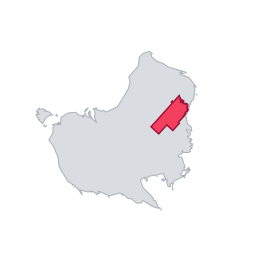 East Pilbara, Western Australia, Australia (highlighted), rotated 132°
{"feature_id": "25037944B14743311013482", "entity_name": "East Pilbara", "entity_type": "district", "adm_level": 2, "iso_a3": "AUS", "parent_name": "Australia", "parent_adm1": "Western Australia", "projection": "natural_earth1", "projection_center": [120.361, -21.612], "detail": "fine", "context": "in_parent", "style": "filled", "palette": "rose", "viewbox_px": 256, "rotation_deg": 132, "n_neighbors": 0, "source": "geoboundaries", "source_scale": "gbopen_adm2", "svg_char_len": 4995}
<svg xmlns="http://www.w3.org/2000/svg" viewBox="0 0 256 256"><g transform="rotate(132 128 128)"><path d="M169.9,57.2L172.0,68.5L174.9,68.0L178.1,71.4L178.4,78.3L180.3,80.7L180.5,87.1L181.8,90.5L191.1,96.7L194.3,106.9L195.4,107.5L195.7,105.7L197.6,107.5L198.0,106.6L198.6,111.8L199.8,113.3L202.3,114.9L207.1,123.7L206.4,129.6L207.9,136.6L204.1,149.8L201.9,154.5L196.8,160.0L191.7,170.7L189.9,178.7L181.9,180.6L177.7,184.1L175.3,184.4L175.8,186.4L172.2,183.5L172.8,182.8L172.7,182.1L172.0,182.1L170.6,183.3L169.7,182.6L171.4,181.4L170.6,180.5L165.1,184.8L157.2,182.7L151.3,177.4L151.4,173.2L148.7,169.5L149.9,169.6L149.9,168.5L145.7,169.6L147.1,166.8L145.7,162.8L143.9,167.4L140.8,167.9L141.3,166.3L142.8,166.3L145.2,160.0L144.9,155.2L142.5,160.2L139.3,162.1L137.1,165.1L137.3,166.6L136.1,166.4L134.1,164.7L135.4,164.7L134.6,161.8L132.8,158.4L131.2,158.0L131.1,155.1L119.3,150.0L98.9,153.9L92.3,157.3L89.4,161.6L75.3,161.8L67.7,167.0L62.5,166.7L56.6,163.2L56.5,159.7L57.9,160.2L59.2,158.1L59.1,151.0L56.7,145.6L55.7,138.8L48.9,124.7L51.5,126.3L49.9,122.0L51.0,124.5L53.0,125.3L49.7,116.4L52.0,104.3L52.5,107.2L54.7,104.0L62.6,98.5L65.4,98.8L79.8,93.5L85.3,86.4L84.9,81.8L87.8,78.4L90.2,83.6L91.4,80.7L89.9,78.7L90.4,77.4L95.1,78.3L93.6,77.8L94.6,75.7L93.8,74.0L96.3,73.7L95.4,72.4L97.5,72.2L96.8,70.3L98.6,68.1L98.7,69.4L100.2,69.2L100.3,66.8L102.4,67.6L103.8,65.7L106.0,67.0L109.0,70.4L108.4,73.2L110.5,70.6L114.8,72.3L115.6,70.8L113.8,68.7L118.9,59.4L119.9,60.0L121.6,57.7L122.2,58.7L127.4,58.0L127.3,55.7L123.8,54.1L124.4,53.5L136.8,58.3L140.4,56.6L139.5,58.4L141.1,59.4L142.9,57.2L144.6,59.1L142.5,63.2L140.4,63.6L140.4,66.6L138.3,71.3L149.4,79.8L152.5,80.6L153.4,82.7L158.4,84.1L162.3,76.7L162.8,65.9L163.4,61.9L164.7,60.9L163.8,59.1L167.1,51.3L169.9,57.2ZM168.8,193.6L174.6,195.9L181.9,194.4L181.7,200.8L181.3,199.7L180.5,201.0L179.9,205.3L177.5,203.5L175.5,207.4L172.5,207.1L173.2,206.0L170.7,204.2L170.0,200.9L171.1,201.5L168.7,197.0L168.8,193.6ZM118.0,53.6L121.6,53.6L122.7,54.7L120.3,57.1L118.0,53.6ZM139.3,170.9L145.4,170.8L142.7,171.8L139.3,170.9ZM143.5,66.0L144.2,68.3L141.9,67.9L142.3,66.2L143.5,66.0ZM206.8,122.7L206.8,120.0L207.8,117.8L208.1,119.4L206.8,122.7ZM180.6,189.8L182.6,190.3L182.6,191.2L180.6,189.8ZM117.6,54.3L118.9,56.5L116.6,56.4L117.6,54.3ZM166.9,190.2L165.8,190.0L166.5,188.4L166.9,190.2ZM155.3,78.8L154.2,79.5L153.1,79.9L153.7,78.6L155.3,78.8ZM48.9,124.1L48.0,122.8L47.9,121.7L48.1,121.6L48.9,124.1ZM182.0,192.1L182.7,192.7L181.3,192.2L182.0,192.1ZM199.3,112.1L200.2,112.1L200.1,113.3L199.3,112.1ZM180.8,87.0L181.8,87.8L181.6,88.2L180.8,87.0ZM177.2,205.8L177.2,206.9L176.5,206.5L177.2,205.8ZM207.6,130.6L207.6,132.0L207.6,130.6ZM127.1,53.5L126.5,52.8L126.9,52.5L127.1,53.5ZM143.8,53.6L142.9,54.8L144.0,52.7L143.8,53.6ZM207.9,128.8L207.4,129.3L207.7,128.8L207.9,128.8ZM144.7,74.8L144.3,75.0L144.5,74.4L144.7,74.8ZM141.7,65.9L141.1,66.0L141.5,65.3L141.7,65.9ZM57.6,98.5L57.4,99.5L57.1,99.4L57.6,98.5ZM166.0,50.7L166.0,51.5L165.8,51.0L166.0,50.7ZM171.9,182.5L172.0,182.9L171.9,182.8L171.9,182.5ZM142.7,55.1L141.5,55.9L142.7,54.9L142.7,55.1ZM96.9,69.1L96.4,69.7L96.7,69.0L96.9,69.1ZM177.7,205.1L177.3,205.3L177.6,204.9L177.7,205.1ZM154.7,81.6L154.0,81.5L154.4,81.1L154.7,81.6ZM94.4,73.3L94.1,73.6L94.1,72.9L94.4,73.3ZM180.8,202.9L180.3,203.2L180.5,202.6L180.8,202.9ZM166.5,48.6L166.4,49.1L166.1,48.9L166.5,48.6ZM171.6,183.1L172.1,183.6L171.2,183.4L171.6,183.1ZM192.2,96.7L191.8,96.7L192.0,96.1L192.2,96.7ZM195.3,105.6L195.1,105.6L195.3,105.1L195.3,105.6ZM169.1,192.8L169.0,193.2L168.9,192.7L169.1,192.8Z" fill="#d9dde1" stroke="#a8b0b8" stroke-width="1"/><path d="M69.6,111.7L71.1,111.7L71.4,111.6L72.7,111.7L75.4,111.7L77.2,111.7L79.0,111.7L78.9,112.0L78.9,112.4L78.9,112.5L78.5,113.1L79.2,113.1L79.8,113.1L79.8,111.7L81.8,111.7L83.7,111.7L85.7,111.7L87.9,111.7L90.1,111.7L92.3,111.7L94.4,111.7L95.9,111.7L97.7,111.7L99.7,111.7L107.0,111.7L109.6,111.7L111.7,111.7L111.8,101.2L99.8,101.2L99.9,93.0L91.9,93.0L90.1,93.0L90.1,94.4L82.6,94.4L82.6,94.7L81.9,94.7L81.5,94.5L81.5,94.4L80.3,94.4L80.3,94.9L79.0,94.9L78.6,94.8L78.5,95.7L77.8,95.7L77.6,95.7L76.1,95.7L76.1,95.0L75.9,95.0L75.7,95.0L75.4,95.1L75.2,95.2L74.9,95.2L74.7,95.2L74.8,95.2L74.8,95.3L74.8,95.5L74.8,95.4L74.7,95.4L74.8,95.4L74.8,95.5L74.7,95.5L74.7,95.4L74.7,95.5L74.7,95.4L74.5,95.5L74.4,95.6L74.2,95.7L73.9,95.6L73.9,97.1L73.4,97.1L73.4,98.1L72.6,98.1L71.8,98.2L71.8,98.3L71.5,98.4L71.5,99.2L71.1,99.2L71.1,99.4L71.1,99.7L70.6,99.7L70.6,100.7L71.0,100.7L71.0,100.8L71.2,101.1L71.4,101.9L72.1,101.9L72.1,102.4L72.1,102.8L72.3,102.8L72.3,103.3L72.6,103.3L72.6,104.0L72.1,104.0L72.1,104.4L71.8,104.4L71.8,104.7L71.9,104.8L70.8,104.9L70.8,104.7L70.6,104.7L70.6,105.0L70.8,105.0L71.1,105.1L71.8,105.1L72.8,105.2L72.8,105.7L72.6,105.7L72.6,105.8L73.4,105.8L73.4,106.2L73.6,106.2L73.6,106.6L72.6,106.6L72.3,106.6L71.3,106.7L70.9,106.6L70.9,106.9L71.3,106.9L71.3,107.1L71.9,107.1L71.9,107.4L72.3,107.4L72.3,108.2L71.2,108.2L70.9,108.9L69.6,111.7Z" fill="#f43f5e" stroke="#9f1239" stroke-width="1.5"/></g></svg>